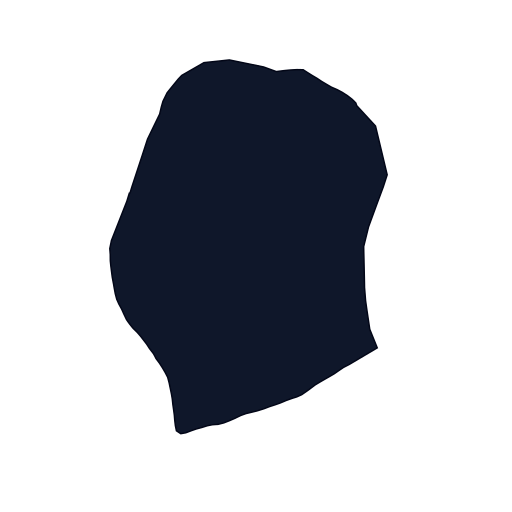 the district of Bidbadah, Ma'rib, Yemen, rotated 197°
{"feature_id": "15242507B34447312884568", "entity_name": "Bidbadah", "entity_type": "district", "adm_level": 2, "iso_a3": "YEM", "parent_name": "Yemen", "parent_adm1": "Ma'rib", "projection": "orthographic", "projection_center": [44.747, 15.403], "detail": "fine", "context": "isolated", "style": "filled", "palette": "ink", "viewbox_px": 512, "rotation_deg": 197, "n_neighbors": 0, "source": "geoboundaries", "source_scale": "gbopen_adm2", "svg_char_len": 1937}
<svg xmlns="http://www.w3.org/2000/svg" viewBox="0 0 512 512"><g transform="rotate(197 256 256)"><path d="M154.5,359.3L154.3,372.0L164.7,389.7L179.7,415.2L203.6,429.2L205.3,431.5L209.8,433.9L215.3,436.0L221.3,437.7L226.9,438.8L233.1,439.5L233.6,439.6L238.3,440.7L244.1,442.1L249.4,443.7L255.2,445.1L260.4,446.5L260.8,446.6L265.3,447.9L271.3,446.2L277.3,444.0L283.1,441.6L288.5,439.2L290.5,438.3L303.9,439.0L338.8,435.7L347.7,431.9L362.3,425.7L379.8,407.0L382.1,402.4L386.6,391.4L388.7,386.1L390.2,376.8L390.1,370.7L389.6,363.6L393.9,336.1L394.1,324.5L394.2,319.0L394.9,286.0L394.9,279.6L395.3,279.2L395.5,279.1L395.5,270.6L398.7,229.4L398.8,228.6L398.6,226.9L398.0,220.4L395.8,214.8L394.1,209.4L393.7,208.3L391.9,204.0L389.7,199.1L387.3,193.8L384.7,188.8L384.0,187.5L382.3,184.1L379.6,178.9L376.5,173.9L373.1,170.0L369.0,166.0L365.5,162.0L361.3,157.4L359.3,155.8L356.9,154.0L353.4,151.6L352.3,150.9L347.3,148.3L343.0,145.6L338.9,142.7L334.7,139.7L330.8,136.4L325.6,132.7L323.6,130.8L321.6,128.7L317.1,125.4L313.3,122.2L312.7,121.7L308.8,118.1L305.0,114.2L301.9,109.2L299.8,105.3L299.5,104.8L297.0,100.2L296.6,99.5L294.3,94.9L292.0,89.5L289.7,84.6L287.6,80.0L285.7,75.2L283.5,70.2L281.0,65.6L276.0,64.1L271.5,66.4L266.7,70.1L262.6,73.1L257.5,76.3L253.0,79.4L248.4,81.9L244.5,83.4L243.1,83.9L238.0,87.0L233.2,90.8L228.5,94.8L227.7,95.6L223.9,99.1L219.5,102.4L217.1,103.8L214.9,105.1L210.2,107.9L209.1,108.6L203.7,112.3L199.1,115.9L194.1,119.4L190.7,121.9L189.9,122.5L185.8,125.9L185.4,126.3L179.9,130.4L178.9,131.1L177.1,132.3L175.7,133.3L174.9,134.0L171.8,136.7L168.0,141.5L165.8,144.4L164.8,145.8L161.6,150.2L157.8,154.4L156.5,155.8L153.9,158.6L150.4,162.3L146.8,166.2L145.3,168.1L143.5,170.4L139.8,175.0L135.0,179.7L113.2,203.6L125.8,219.2L133.9,236.2L138.1,245.2L142.8,257.1L142.9,257.3L145.7,265.9L151.9,284.7L154.0,291.0L155.8,296.6L156.9,316.8L155.5,342.5L154.5,359.3Z" fill="#0f172a" stroke="#020617" stroke-width="1.5"/></g></svg>